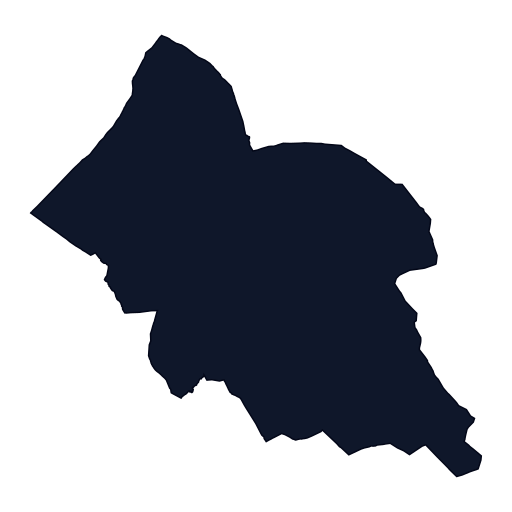 Drangedal nor, Telemark, Norway (Mercator projection), rotated 180°
{"feature_id": "86288312B55078713948498", "entity_name": "Drangedal nor", "entity_type": "district", "adm_level": 2, "iso_a3": "NOR", "parent_name": "Norway", "parent_adm1": "Telemark", "projection": "mercator", "projection_center": [9.073, 59.091], "detail": "fine", "context": "isolated", "style": "filled", "palette": "ink", "viewbox_px": 512, "rotation_deg": 180, "n_neighbors": 0, "source": "geoboundaries", "source_scale": "gbopen_adm2", "svg_char_len": 5939}
<svg xmlns="http://www.w3.org/2000/svg" viewBox="0 0 512 512"><g transform="rotate(180 256 256)"><path d="M481.3,299.0L469.8,290.7L468.9,289.8L455.9,280.6L448.7,275.3L445.5,273.1L442.2,270.3L435.5,265.7L435.0,265.6L434.7,265.3L430.8,263.0L429.4,261.8L426.5,260.2L421.3,256.8L418.8,258.0L416.7,259.3L413.0,254.5L412.4,253.8L411.1,252.8L411.3,251.6L410.3,250.4L408.3,248.9L405.8,248.5L405.4,247.8L405.3,247.5L404.4,247.1L403.8,246.6L403.6,245.9L403.6,244.6L403.6,244.0L405.0,236.8L405.2,236.1L406.2,235.0L406.8,234.0L407.5,232.3L406.4,230.9L404.0,229.8L403.8,227.8L403.1,227.1L402.9,225.7L401.7,224.8L401.4,223.8L401.0,223.5L400.6,222.6L399.6,221.4L397.8,220.7L396.7,218.1L396.1,215.5L394.9,212.7L393.6,211.5L392.9,211.2L392.2,210.5L390.7,208.1L390.6,207.9L390.8,207.7L390.6,207.3L390.3,206.6L390.3,205.8L389.7,205.1L389.3,204.0L389.5,203.2L389.1,202.2L387.2,199.1L386.3,199.1L386.0,199.3L385.6,199.0L381.3,199.4L372.7,199.7L360.7,201.3L354.5,201.4L355.3,199.2L355.6,198.0L357.3,191.9L357.5,190.7L358.1,189.4L358.4,188.6L358.7,187.3L359.1,186.3L360.4,181.4L361.5,178.1L361.2,171.1L362.7,167.2L363.4,156.3L362.3,153.0L361.9,152.5L361.5,151.8L361.5,151.2L361.1,150.1L360.9,149.0L360.4,148.1L360.2,147.4L359.8,147.0L359.4,145.9L358.8,145.5L358.6,145.0L358.6,144.8L358.5,144.6L356.8,142.3L356.0,141.5L355.0,140.6L352.7,138.9L350.2,136.6L350.0,136.3L347.2,133.8L345.6,131.9L342.3,123.8L341.5,123.0L341.2,122.3L340.9,120.0L340.7,119.2L338.9,118.2L330.9,113.9L330.3,114.7L330.3,115.0L330.2,115.2L329.4,115.7L327.3,117.4L326.4,117.8L325.3,118.7L325.0,119.2L324.3,119.7L323.6,120.9L323.4,121.1L322.7,121.0L322.3,120.5L322.3,120.2L322.1,120.2L321.9,120.1L321.7,120.4L321.2,120.6L321.2,120.3L320.9,119.9L320.4,119.5L320.1,119.5L319.8,119.7L319.7,120.0L319.3,120.3L319.3,120.5L319.5,120.5L319.0,121.3L319.0,121.7L318.8,122.3L318.8,122.5L319.2,122.7L319.1,123.2L319.6,123.7L319.6,124.3L319.4,124.6L318.7,124.7L318.4,125.0L317.6,126.0L316.4,126.7L315.9,126.7L315.4,127.1L315.3,127.4L315.3,128.0L313.5,129.9L313.4,130.7L313.0,131.6L312.5,132.5L311.9,133.2L310.7,133.2L310.3,134.1L308.6,135.3L308.5,135.7L308.2,135.8L308.0,137.1L305.1,131.9L300.1,132.3L292.5,131.0L288.1,132.2L287.6,131.0L286.8,129.9L285.7,127.3L285.4,126.9L284.4,124.7L284.0,123.9L283.5,122.7L281.8,119.6L281.2,119.3L280.2,118.5L280.0,118.2L279.9,117.8L279.4,117.8L278.0,117.1L276.7,116.7L274.7,115.5L273.1,114.8L271.6,113.8L270.6,112.3L267.7,107.0L265.9,104.0L256.2,88.5L251.0,78.4L250.1,76.8L248.0,75.0L247.8,73.3L247.4,72.8L245.8,70.4L242.8,72.1L240.9,73.0L239.5,73.9L238.3,74.4L230.4,78.5L227.0,77.4L222.2,74.9L219.4,73.0L217.8,72.6L216.6,72.0L215.4,72.2L214.2,72.6L211.8,73.1L210.1,73.0L209.6,73.3L207.4,73.5L204.7,74.1L200.3,76.0L191.1,80.4L189.6,82.0L175.2,68.4L172.5,65.3L170.8,64.3L163.2,57.2L150.9,63.0L147.7,64.1L142.8,65.2L141.0,66.0L140.4,66.1L139.0,65.9L136.6,66.1L134.8,67.0L128.8,67.6L126.3,68.1L121.7,68.7L114.5,64.1L108.2,61.2L102.5,57.4L89.8,65.9L86.3,67.2L74.4,54.8L63.8,44.1L62.5,42.5L55.3,35.5L49.7,37.1L42.0,40.3L33.9,43.1L31.1,51.9L30.7,56.1L39.4,63.4L40.4,64.1L42.4,65.7L43.2,66.7L46.6,69.4L47.9,70.4L47.1,72.8L47.0,73.9L46.3,77.3L45.0,82.7L43.7,84.8L38.7,89.9L37.5,93.6L41.5,96.0L45.6,102.4L53.4,106.3L55.4,109.2L57.1,111.2L63.0,117.6L64.3,118.7L68.8,124.0L73.9,132.8L75.9,134.8L77.6,137.0L78.6,139.7L79.0,141.1L79.9,142.6L80.8,144.5L84.4,149.9L84.6,151.5L87.0,155.0L92.6,162.2L92.6,164.1L91.5,168.8L91.3,170.2L91.2,171.9L91.3,174.3L94.4,179.8L95.5,182.2L97.1,184.4L97.8,189.8L95.8,191.3L95.2,198.7L99.6,203.1L106.9,210.9L111.1,219.1L112.7,221.0L117.4,228.3L115.7,233.7L112.7,236.8L109.5,238.4L102.2,241.8L89.0,243.6L87.0,244.0L76.2,247.8L75.8,248.9L74.9,256.4L77.8,264.6L78.7,267.6L78.8,268.5L79.3,269.9L79.4,272.2L83.1,280.5L81.7,288.7L81.4,292.6L83.7,295.7L86.5,298.8L87.1,299.1L87.8,300.2L88.2,301.1L88.5,302.6L89.5,303.5L92.1,304.8L92.8,305.4L95.5,309.1L109.9,327.6L117.0,327.7L125.0,334.3L145.7,350.8L145.8,352.1L157.7,358.6L162.0,361.1L167.2,363.8L170.7,366.5L187.1,367.8L190.7,368.5L195.1,368.5L201.7,368.9L207.6,369.1L211.8,368.8L221.5,368.5L228.8,368.7L234.6,366.9L235.6,366.4L238.4,365.7L241.1,365.7L243.3,365.5L250.2,363.5L254.6,361.9L259.1,361.0L262.5,367.0L262.4,369.3L262.8,370.4L263.1,371.5L263.3,371.7L262.7,373.2L262.9,373.4L262.6,374.0L262.5,374.5L262.5,374.9L262.6,375.2L264.3,375.8L265.2,376.6L265.6,376.5L266.1,376.8L266.8,378.2L267.0,379.9L267.3,380.8L268.3,386.3L268.7,388.1L269.2,390.6L273.4,402.8L275.5,408.3L277.2,413.6L277.4,414.9L277.8,415.7L277.9,416.5L278.3,417.0L278.6,418.6L278.8,418.8L278.8,419.1L279.1,419.5L279.7,421.3L279.8,421.9L280.5,424.2L280.7,425.1L281.0,425.7L283.6,428.4L284.1,428.8L285.4,430.2L287.5,432.3L288.8,433.1L290.0,434.0L291.5,436.2L291.7,437.3L292.3,437.8L292.6,438.3L294.0,439.9L294.4,440.1L295.0,440.8L295.6,441.2L295.9,441.8L296.3,442.0L298.4,444.5L298.9,445.4L299.9,446.1L300.4,446.7L301.5,447.8L302.0,448.4L307.0,451.8L313.6,454.7L318.4,458.2L325.5,463.9L330.5,467.0L331.9,467.3L333.3,467.9L336.1,468.7L341.3,471.9L342.6,473.1L345.1,474.4L349.5,476.0L350.3,476.5L351.6,475.3L353.0,473.6L354.3,471.7L355.5,470.3L356.4,468.9L360.1,464.1L364.6,460.6L366.2,459.2L366.7,456.7L366.9,455.7L367.9,453.2L368.2,452.5L368.8,452.0L376.8,436.3L377.6,435.5L378.8,433.7L378.6,432.7L379.3,431.8L379.6,430.9L379.5,428.5L379.2,425.9L379.0,423.5L379.1,422.6L379.2,421.0L379.6,418.3L379.7,416.8L382.0,413.3L385.1,409.1L385.7,408.0L386.2,406.7L387.1,405.0L387.8,404.1L388.0,403.4L389.2,400.8L389.6,400.2L390.2,398.8L391.0,397.5L391.5,396.3L392.5,394.6L393.5,393.7L394.0,392.9L395.4,391.1L398.4,385.9L399.6,384.4L404.6,379.4L405.6,378.0L406.0,377.6L408.2,374.1L411.1,371.4L412.4,370.1L415.3,366.0L419.3,361.1L421.7,357.9L423.7,356.1L424.9,355.4L426.7,353.8L429.7,352.0L429.9,351.6L430.4,351.1L432.2,349.1L434.4,347.1L434.6,346.8L436.1,345.5L438.8,342.9L458.3,322.5L459.7,321.1L461.7,319.0L462.6,318.1L475.0,305.3L479.2,301.3L480.2,300.0L480.9,299.6L481.3,299.0Z" fill="#0f172a" stroke="#020617" stroke-width="1.5"/></g></svg>